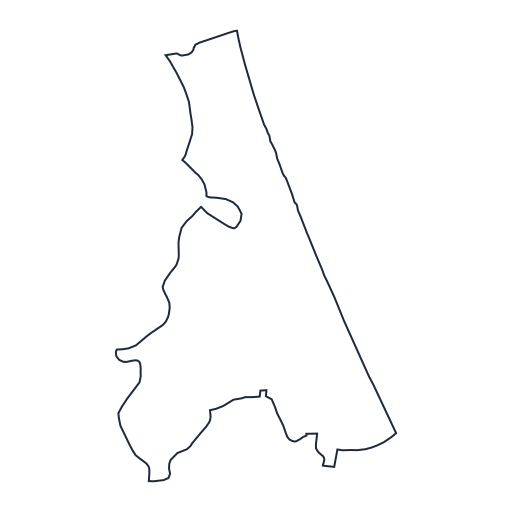 Ngu Hanh Son, Đà Nẵng, Vietnam
{"feature_id": "81297802B96824977906351", "entity_name": "Ngu Hanh Son", "entity_type": "district", "adm_level": 2, "iso_a3": "VNM", "parent_name": "Vietnam", "parent_adm1": "Đà Nẵng", "projection": "natural_earth1", "projection_center": [108.243, 16.007], "detail": "fine", "context": "isolated", "style": "outline", "palette": "slate", "viewbox_px": 512, "rotation_deg": 0, "n_neighbors": 0, "source": "geoboundaries", "source_scale": "gbopen_adm2", "svg_char_len": 3267}
<svg xmlns="http://www.w3.org/2000/svg" viewBox="0 0 512 512"><path d="M118.4,413.2L118.8,417.6L120.4,425.7L129.6,444.8L132.1,449.6L135.7,455.3L136.1,455.6L140.0,458.7L146.2,463.3L148.3,466.0L149.2,468.1L149.4,472.6L148.8,481.1L153.5,481.3L163.7,480.1L168.4,478.0L170.1,473.9L169.0,468.3L169.3,463.7L170.6,460.0L177.3,453.1L187.0,449.2L190.6,445.9L191.8,443.8L198.3,435.8L206.3,426.5L209.1,422.4L209.8,420.9L210.1,419.7L210.4,418.2L210.6,416.4L210.0,410.2L215.8,408.9L222.8,406.2L233.5,399.7L241.2,398.4L245.5,397.1L252.5,397.1L259.7,396.6L260.4,390.6L263.4,390.4L266.4,390.2L265.9,396.2L271.7,399.3L275.1,407.3L277.1,413.3L280.1,419.1L283.1,425.2L285.6,432.5L287.2,436.6L288.3,438.2L289.6,439.6L292.2,440.9L294.5,441.5L295.9,441.4L299.8,439.3L303.3,436.9L306.4,435.6L306.3,433.8L317.1,433.6L316.7,437.9L315.9,444.4L316.0,448.3L317.3,450.6L318.7,452.5L323.0,456.2L324.0,457.9L324.3,459.4L323.8,462.3L323.0,464.5L322.9,465.6L324.2,465.8L334.2,466.9L337.4,449.5L342.7,450.3L350.9,450.0L356.6,450.2L365.0,449.3L371.4,447.6L377.2,445.4L383.9,442.2L392.0,436.6L396.1,433.1L373.3,384.6L369.0,376.5L343.9,320.6L334.2,296.7L326.4,279.8L324.2,275.5L322.5,270.5L316.2,255.6L309.0,237.8L306.9,232.9L305.2,228.4L300.2,215.6L298.0,210.7L297.2,206.3L296.4,204.1L294.6,202.5L294.4,201.8L292.0,194.0L285.9,178.0L284.2,176.0L282.8,173.6L279.6,164.5L277.2,158.6L276.1,153.1L275.2,150.6L272.3,144.7L270.3,141.2L269.9,138.5L269.3,135.5L267.8,133.0L266.5,129.1L264.2,124.9L259.0,110.0L253.8,94.6L245.2,65.3L240.3,46.9L238.0,36.4L237.0,30.7L234.3,31.1L230.4,32.3L228.8,32.8L223.2,34.7L213.7,37.9L203.8,41.2L198.7,42.9L198.2,43.3L197.6,43.8L197.1,44.0L196.8,44.1L195.5,44.5L195.1,45.4L194.3,47.1L194.1,47.1L193.9,47.3L193.8,47.6L193.6,48.2L193.6,48.8L193.5,49.4L193.2,50.1L192.8,50.7L192.2,51.6L191.2,52.6L190.8,53.0L189.9,53.5L189.3,53.9L188.9,54.1L187.8,54.6L185.8,54.9L182.9,55.4L181.9,55.6L181.1,55.4L180.4,55.3L178.3,54.2L177.5,53.8L176.9,53.6L176.5,53.5L176.0,53.5L175.0,53.7L165.6,55.2L169.7,60.9L176.8,73.3L180.6,80.8L183.8,87.2L185.2,91.0L186.1,93.3L189.0,102.1L190.5,113.7L191.6,120.3L192.0,123.9L192.3,125.6L192.5,127.1L192.1,134.1L189.6,142.0L186.9,150.1L185.6,154.7L184.3,157.2L182.3,160.0L185.4,162.6L192.3,169.5L195.2,172.5L198.3,175.1L201.7,179.3L204.5,184.5L206.4,192.1L206.5,196.2L209.1,197.3L217.1,197.8L225.9,199.1L233.0,202.3L237.5,206.3L239.5,209.7L241.6,214.0L241.1,216.7L241.0,217.8L240.5,220.8L236.4,227.0L234.3,228.2L234.0,228.4L231.4,227.6L228.8,226.7L223.3,223.4L214.6,217.9L207.3,213.2L204.9,210.8L201.1,206.9L200.8,207.1L196.1,211.7L192.4,216.0L186.7,221.1L181.6,227.8L179.1,237.5L178.5,242.8L178.8,255.5L178.6,258.1L177.6,261.5L176.5,264.7L174.8,267.2L170.6,272.3L164.8,280.7L162.7,286.9L163.3,289.8L165.7,294.9L166.6,296.5L168.7,301.2L169.3,303.0L169.5,305.2L169.7,307.7L168.9,313.7L168.0,317.2L165.7,321.8L162.8,325.0L151.0,333.0L146.2,336.7L135.9,345.4L128.4,348.4L121.4,349.4L117.0,349.5L116.2,350.7L116.0,351.7L115.9,353.2L116.1,355.0L116.5,356.5L117.7,358.0L119.2,359.9L121.6,361.0L123.4,361.8L126.7,361.9L132.2,360.7L135.5,360.3L136.4,360.4L137.5,360.6L138.0,360.9L138.8,361.4L139.8,362.6L140.3,364.6L140.7,368.5L140.6,371.4L140.7,376.4L139.5,382.4L135.7,387.4L127.2,398.6L121.8,406.8L118.4,413.2Z" fill="none" stroke="#1e293b" stroke-width="2"/></svg>